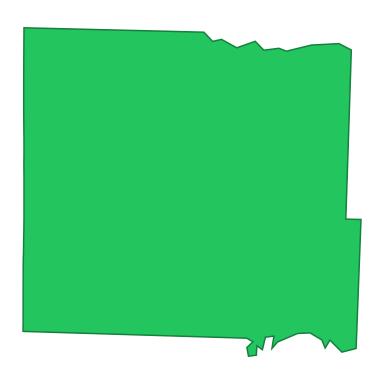 outline of Bates, Missouri, United States of America
{"feature_id": "52423323B79334401878535", "entity_name": "Bates", "entity_type": "district", "adm_level": 2, "iso_a3": "USA", "parent_name": "United States of America", "parent_adm1": "Missouri", "projection": "robinson", "projection_center": [-94.392, 38.252], "detail": "fine", "context": "isolated", "style": "filled", "palette": "green", "viewbox_px": 384, "rotation_deg": 0, "n_neighbors": 0, "source": "geoboundaries", "source_scale": "gbopen_adm2", "svg_char_len": 851}
<svg xmlns="http://www.w3.org/2000/svg" viewBox="0 0 384 384"><path d="M23.1,331.4L246.8,338.2L252.9,341.8L246.9,347.5L248.5,356.2L256.3,355.2L256.9,345.8L262.4,349.7L265.4,337.2L273.9,336.1L272.0,348.4L277.5,342.0L297.5,333.5L310.0,332.9L321.8,339.9L325.2,348.0L329.9,340.1L341.9,352.1L356.1,348.5L361.0,219.5L345.8,219.1L350.3,82.1L351.3,50.0L338.9,43.6L311.2,45.1L286.4,51.2L278.9,48.3L263.8,50.2L255.2,41.3L236.8,47.8L221.5,39.4L212.6,41.4L203.9,32.2L135.7,30.5L134.6,30.5L24.0,27.8L23.8,59.4L23.7,81.7L23.7,89.7L23.7,92.4L23.7,106.3L23.7,110.1L23.9,130.9L24.0,139.2L24.0,142.3L24.0,146.2L24.0,155.1L23.9,163.2L23.9,164.3L24.0,178.5L24.0,202.2L24.0,210.1L24.0,215.7L24.0,216.8L23.9,226.8L23.9,229.2L23.7,236.5L23.5,253.0L23.3,258.3L23.2,266.2L23.1,326.1L23.0,327.2L23.1,331.4L23.1,331.4Z" fill="#22c55e" stroke="#15803d" stroke-width="1.5"/></svg>